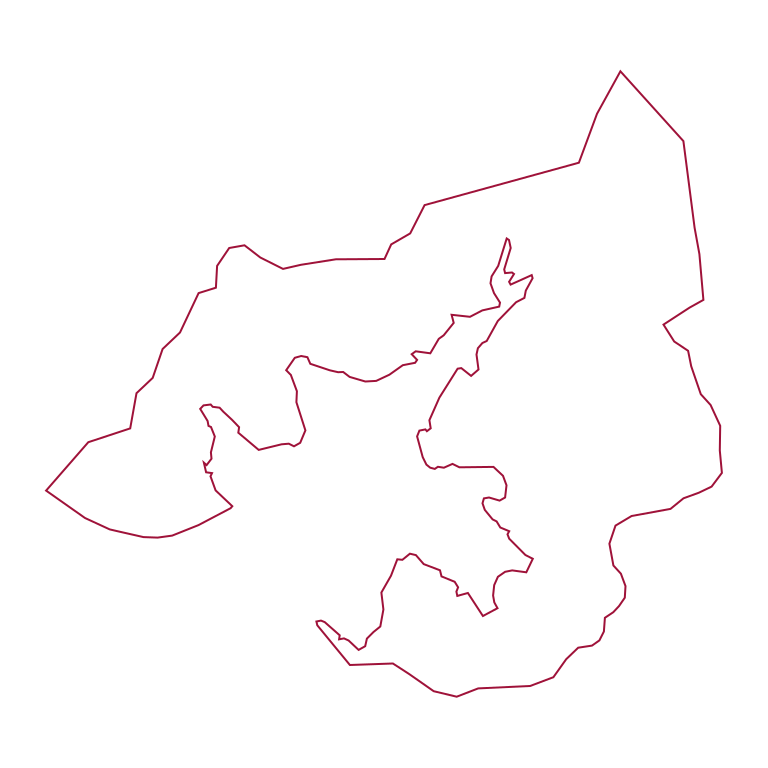 the district of Wouri, Littoral, Cameroon
{"feature_id": "32672807B59545531100821", "entity_name": "Wouri", "entity_type": "district", "adm_level": 2, "iso_a3": "CMR", "parent_name": "Cameroon", "parent_adm1": "Littoral", "projection": "orthographic", "projection_center": [9.63, 4.004], "detail": "fine", "context": "isolated", "style": "outline", "palette": "rose", "viewbox_px": 768, "rotation_deg": 0, "n_neighbors": 0, "source": "geoboundaries", "source_scale": "gbopen_adm2", "svg_char_len": 2919}
<svg xmlns="http://www.w3.org/2000/svg" viewBox="0 0 768 768"><path d="M260.3,257.5L244.5,245.3L229.2,248.0L217.1,265.9L215.9,287.7L198.6,293.1L180.0,332.5L162.6,349.0L152.7,377.9L136.5,393.2L130.2,428.4L88.3,442.2L46.1,490.6L85.0,518.0L109.7,529.4L119.2,531.6L143.5,537.1L157.6,537.6L172.2,535.6L198.5,525.1L230.6,508.2L232.3,506.2L215.6,490.4L210.5,476.3L212.0,473.1L206.1,472.3L203.9,462.7L206.6,465.1L211.5,458.7L210.9,452.4L214.8,436.5L211.0,427.0L208.5,425.9L207.6,421.0L200.2,408.9L203.5,405.4L210.7,404.5L212.7,406.8L219.6,407.7L223.3,411.7L232.2,420.0L239.1,427.2L238.3,432.7L258.7,449.9L281.6,444.3L288.8,443.7L294.0,446.3L300.2,442.8L305.4,430.4L296.4,402.2L296.9,391.2L290.8,374.8L290.3,374.4L286.2,370.2L294.8,357.8L301.1,356.0L307.4,357.2L310.3,363.8L329.8,370.3L338.1,372.2L343.2,372.0L349.6,376.9L365.3,381.5L376.2,380.9L389.4,374.7L402.8,365.2L415.1,362.8L417.1,359.9L411.7,354.2L415.7,351.3L430.3,353.3L438.8,338.8L443.7,335.3L453.7,322.9L452.7,319.0L451.6,314.8L470.0,316.8L482.3,310.4L499.2,306.6L500.0,302.6L494.0,293.1L490.5,283.3L491.6,276.4L498.2,265.9L506.7,238.5L509.0,240.0L510.7,248.0L504.2,269.4L505.1,273.1L512.0,272.5L514.0,274.0L509.1,281.8L510.6,284.6L531.7,275.1L532.6,278.2L525.8,290.6L524.4,297.9L516.1,302.2L497.8,321.0L486.7,341.0L482.4,343.0L477.9,348.2L476.5,354.5L478.5,369.5L471.1,375.9L461.3,368.1L457.6,368.7L439.4,397.6L429.4,420.2L430.7,428.3L426.9,431.2L425.4,429.4L419.4,430.6L417.1,436.4L422.7,457.1L426.4,464.6L430.2,467.7L434.8,468.9L437.9,466.8L443.9,467.7L452.5,463.9L459.4,467.3L493.5,466.9L497.2,470.4L503.0,475.8L506.5,485.3L505.1,497.5L499.6,500.6L489.0,497.5L483.9,498.4L482.5,503.3L484.8,509.9L492.6,519.4L496.6,521.4L500.3,527.5L509.2,531.2L507.5,534.3L509.2,538.7L525.4,555.0L532.8,558.8L526.3,572.3L512.2,570.4L505.1,571.8L497.9,576.8L494.2,585.1L493.1,595.5L494.3,602.4L497.5,608.2L482.9,616.0L480.3,612.0L467.9,593.0L457.3,595.9L456.4,591.6L458.1,587.3L454.7,581.8L441.5,576.4L440.0,570.3L423.7,564.1L415.9,555.1L409.9,553.7L402.4,559.8L397.3,559.3L391.0,575.7L381.4,592.5L381.5,593.6L383.4,609.5L380.3,626.5L373.5,632.0L366.9,638.6L365.2,646.2L358.6,649.9L348.6,640.5L344.0,638.4L339.1,639.3L339.7,635.3L324.7,622.1L321.0,620.6L316.4,621.5L317.3,625.3L349.9,665.0L392.9,663.5L409.4,674.2L433.7,691.2L456.7,696.7L478.2,688.4L530.1,686.0L553.4,677.2L566.2,659.2L578.2,647.7L592.0,645.6L599.4,640.4L603.9,631.5L604.9,617.8L613.3,612.2L619.0,606.1L624.8,597.7L625.5,586.1L620.9,573.7L613.4,565.5L609.4,543.7L615.5,525.6L631.6,516.0L670.5,508.9L683.5,498.3L698.9,492.7L711.6,486.6L721.9,472.9L719.8,450.5L720.2,425.8L710.6,405.0L700.8,394.2L695.3,378.2L691.2,366.2L688.1,350.8L674.2,341.5L663.5,324.6L679.6,314.1L689.6,307.6L703.4,299.9L699.4,254.1L694.6,227.8L683.4,141.1L620.4,71.3L597.0,113.8L578.9,162.7L424.6,205.1L410.2,233.4L391.2,244.4L384.5,259.0L335.8,259.3L300.9,264.8L283.0,268.9L260.3,257.5Z" fill="none" stroke="#9f1239" stroke-width="2"/></svg>